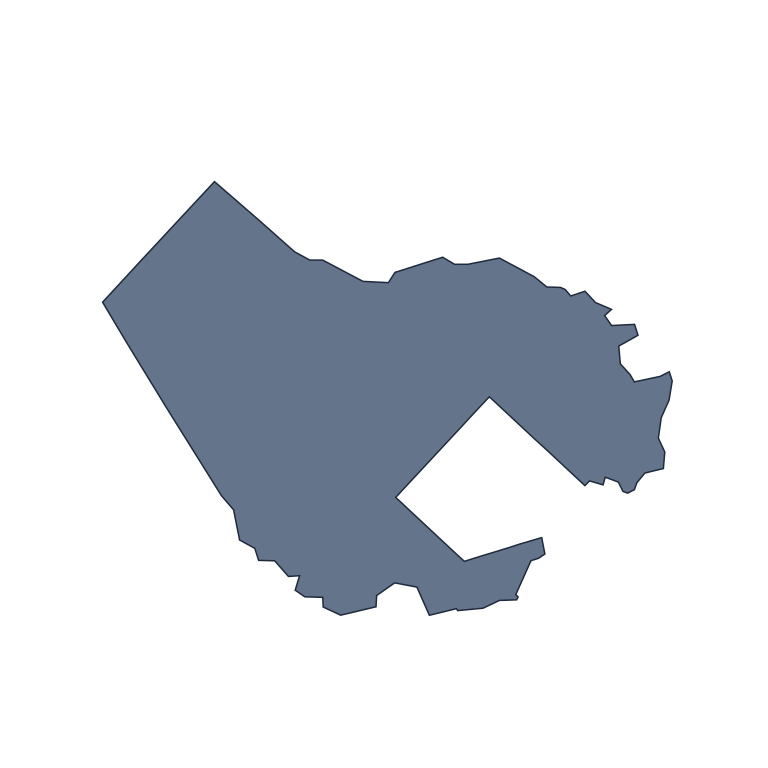 outline of Baltimore, Maryland, United States of America, rotated 313°
{"feature_id": "52423323B66089118468318", "entity_name": "Baltimore", "entity_type": "district", "adm_level": 2, "iso_a3": "USA", "parent_name": "United States of America", "parent_adm1": "Maryland", "projection": "equal_earth", "projection_center": [-76.574, 39.458], "detail": "fine", "context": "isolated", "style": "filled", "palette": "slate", "viewbox_px": 768, "rotation_deg": 313, "n_neighbors": 0, "source": "geoboundaries", "source_scale": "gbopen_adm2", "svg_char_len": 1539}
<svg xmlns="http://www.w3.org/2000/svg" viewBox="0 0 768 768"><g transform="rotate(313 384 384)"><path d="M251.9,122.4L238.8,167.4L218.4,240.7L191.4,341.5L189.4,359.8L171.4,384.8L175.7,401.6L169.5,412.6L180.1,424.6L178.1,445.4L186.2,453.0L172.6,459.7L174.4,471.3L186.2,484.7L179.4,491.6L185.4,510.0L215.6,530.1L224.3,522.9L245.8,527.4L257.9,546.6L245.8,574.9L269.1,590.2L268.5,592.4L287.5,609.3L300.1,614.3L304.4,616.0L316.6,628.2L319.7,627.3L319.9,624.0L355.0,612.0L361.9,615.9L369.4,617.6L379.2,604.1L359.8,592.6L347.9,586.0L329.1,575.1L318.3,568.9L309.1,563.7L309.0,554.2L309.0,487.4L309.1,479.0L309.0,469.9L373.5,469.8L406.8,469.8L416.0,469.7L435.5,469.7L446.5,469.8L446.5,485.3L446.5,486.2L446.5,531.3L446.7,544.6L446.7,600.2L453.3,600.4L459.6,613.0L466.7,609.4L470.0,617.2L472.1,622.3L468.4,632.0L470.3,636.6L477.5,639.2L484.2,636.3L496.8,635.5L498.3,636.5L508.8,643.4L512.7,646.0L525.8,635.7L531.5,621.6L545.9,611.5L548.3,609.8L566.6,603.5L582.8,592.7L587.5,584.3L577.8,580.7L556.7,565.9L556.3,565.6L558.8,557.3L558.8,557.0L559.9,543.0L560.1,542.9L570.9,530.9L571.9,529.8L590.2,535.7L592.9,536.5L598.5,526.6L582.0,510.6L582.6,507.7L583.7,502.5L584.5,498.7L593.7,499.5L587.8,483.1L588.9,467.7L575.9,460.6L575.7,460.5L576.7,452.1L575.0,447.2L566.0,436.9L564.9,420.6L554.8,382.5L528.9,363.8L519.7,354.0L516.7,340.4L473.1,315.9L461.1,318.1L444.7,298.6L432.8,254.6L424.0,245.2L419.7,228.4L418.5,180.5L416.4,122.0L386.0,122.0L319.5,122.1L308.6,122.1L305.8,122.1L251.9,122.4Z" fill="#64748b" stroke="#1e293b" stroke-width="1.5"/></g></svg>